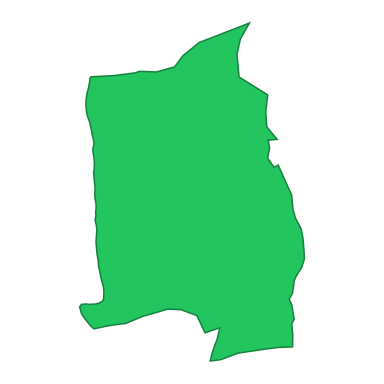 Isuikwuato, Abia, Nigeria
{"feature_id": "59680162B83041511737206", "entity_name": "Isuikwuato", "entity_type": "district", "adm_level": 2, "iso_a3": "NGA", "parent_name": "Nigeria", "parent_adm1": "Abia", "projection": "orthographic", "projection_center": [7.441, 5.794], "detail": "fine", "context": "isolated", "style": "filled", "palette": "green", "viewbox_px": 384, "rotation_deg": 0, "n_neighbors": 0, "source": "geoboundaries", "source_scale": "gbopen_adm2", "svg_char_len": 1671}
<svg xmlns="http://www.w3.org/2000/svg" viewBox="0 0 384 384"><path d="M277.1,139.4L266.8,126.8L265.8,111.5L267.7,94.9L239.1,77.0L237.0,54.5L240.3,39.2L249.4,23.0L199.5,42.4L199.3,42.4L182.8,55.8L174.6,66.9L156.2,72.0L141.6,71.4L139.7,71.3L134.9,72.9L113.6,75.6L90.9,76.8L89.9,78.7L89.7,81.8L88.7,86.5L88.3,89.1L88.0,90.0L87.1,92.8L86.7,95.8L86.3,98.4L85.9,102.5L85.9,105.5L86.2,108.8L86.9,114.1L87.4,115.9L88.3,118.5L89.7,122.3L90.4,125.6L91.8,132.0L92.1,134.6L92.9,137.6L93.6,140.5L93.9,144.3L92.7,149.9L93.4,154.3L94.1,159.2L94.3,162.1L94.4,162.9L94.3,168.5L93.5,172.6L93.9,175.6L94.2,180.0L94.8,185.6L95.2,189.7L94.7,193.3L95.0,198.3L96.1,205.0L96.0,209.5L95.6,212.1L95.9,215.4L95.1,220.3L96.2,224.7L96.9,230.0L96.4,235.5L96.0,241.9L96.3,245.6L96.6,249.0L96.9,252.7L97.2,254.9L97.3,255.7L97.6,257.3L98.3,261.3L98.6,266.8L99.7,271.3L100.7,276.9L102.1,282.1L103.5,287.4L103.9,291.5L103.7,297.7L103.0,300.8L99.3,303.0L95.6,304.1L93.0,304.1L90.0,304.4L85.9,304.0L81.5,304.3L79.6,306.9L80.3,309.5L80.6,310.4L81.4,313.3L82.7,315.7L85.0,318.9L86.8,321.1L88.4,323.1L90.1,325.3L92.3,327.5L94.1,328.8L109.1,325.6L125.9,323.4L142.4,316.5L159.0,311.7L167.2,309.2L172.9,309.3L181.0,309.7L196.9,315.6L205.0,332.8L219.8,327.8L217.0,339.9L215.2,344.0L211.9,353.8L210.2,361.0L220.6,359.7L238.3,353.1L261.6,349.6L277.7,347.5L292.6,346.9L292.8,335.5L291.8,323.5L294.2,319.1L291.8,305.0L289.1,298.9L290.6,297.0L292.6,292.9L294.2,280.9L296.3,275.9L301.7,267.5L304.4,259.0L304.0,250.6L303.0,238.5L301.1,228.8L294.9,217.1L295.0,216.5L293.0,209.3L291.7,195.2L278.2,165.1L274.0,167.2L267.6,158.1L269.6,147.9L268.2,140.1L277.1,139.4Z" fill="#22c55e" stroke="#15803d" stroke-width="1.5"/></svg>